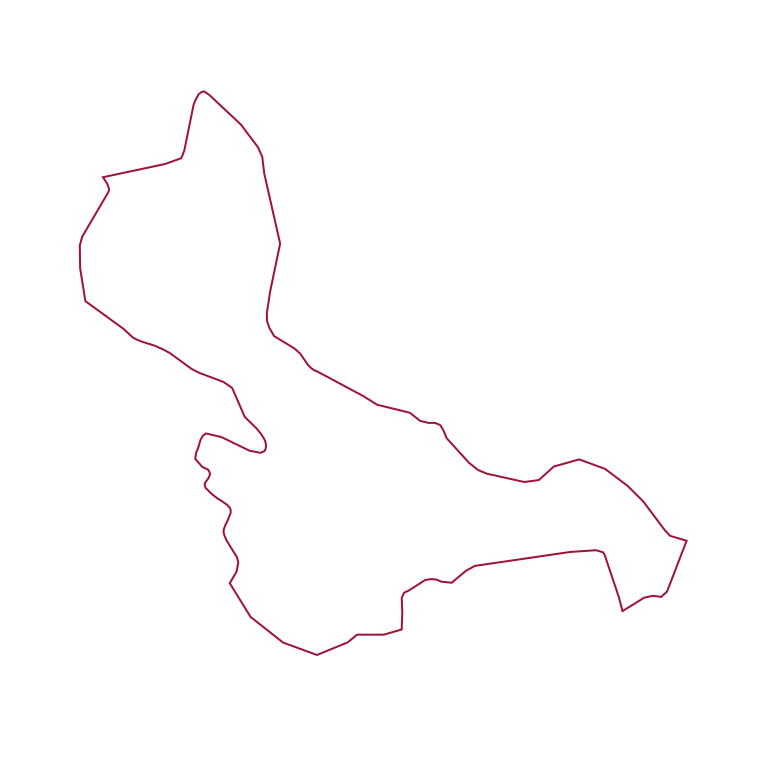 Quezaltenango, Robinson projection, rotated 95°
{"feature_id": "GTM-1945", "entity_name": "Quezaltenango", "entity_type": "Department", "adm_level": 1, "iso_a3": "GTM", "parent_name": "Guatemala", "parent_adm1": "", "projection": "robinson", "projection_center": [-91.716, 14.866], "detail": "fine", "context": "isolated", "style": "outline", "palette": "rose", "viewbox_px": 768, "rotation_deg": 95, "n_neighbors": 0, "source": "natural_earth", "source_scale": "10m", "svg_char_len": 1923}
<svg xmlns="http://www.w3.org/2000/svg" viewBox="0 0 768 768"><g transform="rotate(95 384 384)"><path d="M659.8,427.2L650.4,462.0L627.7,496.6L595.9,520.3L583.7,514.5L574.3,513.6L569.5,515.3L553.6,527.2L549.0,529.7L545.3,531.0L542.7,530.9L538.5,529.8L533.8,527.9L525.7,525.5L522.8,525.8L520.7,526.8L518.0,529.9L513.6,537.5L512.8,539.5L508.9,545.6L503.1,552.7L500.3,553.8L498.2,553.8L493.4,550.8L488.9,549.3L486.3,550.6L484.6,551.9L482.4,557.8L475.1,565.5L469.0,565.2L464.4,563.7L454.8,561.7L450.9,559.5L448.8,557.0L451.0,541.4L462.2,512.1L463.3,501.2L462.5,499.3L461.1,497.1L459.0,496.3L456.4,496.1L453.1,496.7L450.7,497.7L448.6,499.0L445.3,501.4L439.5,506.9L429.0,519.8L401.2,534.9L396.0,544.0L389.2,568.4L385.8,576.9L371.8,600.1L368.4,608.2L365.7,616.2L362.9,629.0L361.1,634.8L359.4,638.5L351.8,648.3L327.5,688.7L295.1,696.8L272.4,699.1L263.6,697.5L217.9,675.8L214.7,674.7L212.8,675.2L208.8,677.1L202.5,682.0L183.9,621.3L176.9,606.0L174.9,605.0L168.2,603.2L122.3,598.0L118.2,596.8L111.5,593.9L109.1,591.3L108.2,588.7L111.2,583.3L138.0,549.2L159.1,530.2L168.2,525.1L184.9,521.6L253.2,499.7L301.9,505.5L323.7,506.9L331.5,506.0L338.3,503.0L345.9,497.6L356.0,477.1L357.9,474.2L361.4,469.8L371.6,461.4L374.5,458.0L376.4,454.7L377.2,452.0L398.2,402.8L399.4,400.6L405.3,389.0L410.4,355.7L417.6,344.8L418.9,336.3L418.3,330.1L419.3,326.4L420.3,324.1L426.5,319.9L432.5,316.9L455.2,292.3L461.5,282.8L464.4,273.7L469.4,235.7L466.2,221.4L451.4,207.6L442.1,183.0L449.3,156.4L464.3,132.4L478.4,115.5L505.3,91.4L510.3,85.8L513.8,68.9L566.0,83.9L571.9,89.2L571.6,97.9L574.2,106.2L589.4,126.6L575.8,131.5L536.1,148.8L534.3,149.8L532.6,151.0L531.1,158.3L535.1,183.9L554.2,264.7L557.3,277.7L563.1,286.3L576.1,299.3L575.9,309.7L574.3,314.5L574.2,320.0L575.7,325.9L588.1,342.1L589.0,343.9L590.2,345.8L595.5,347.7L610.6,345.8L627.0,345.0L633.7,362.3L636.1,389.0L644.5,397.6L659.8,427.2Z" fill="none" stroke="#9f1239" stroke-width="2"/></g></svg>